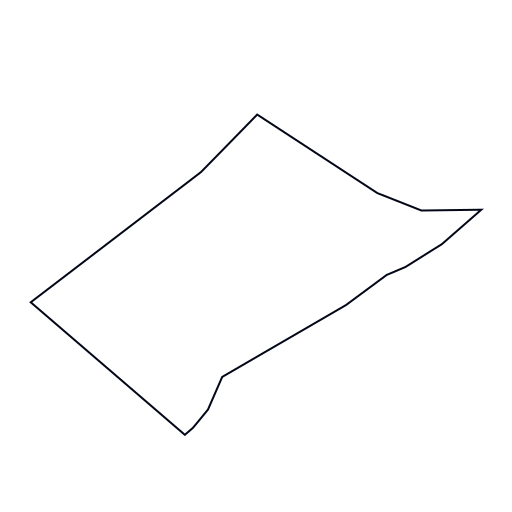 Badr, Al Qahirah, Egypt, rotated 136°
{"feature_id": "37247803B98610862498628", "entity_name": "Badr", "entity_type": "district", "adm_level": 2, "iso_a3": "EGY", "parent_name": "Egypt", "parent_adm1": "Al Qahirah", "projection": "natural_earth1", "projection_center": [31.692, 30.146], "detail": "fine", "context": "isolated", "style": "outline", "palette": "ink", "viewbox_px": 512, "rotation_deg": 136, "n_neighbors": 0, "source": "geoboundaries", "source_scale": "gbopen_adm2", "svg_char_len": 453}
<svg xmlns="http://www.w3.org/2000/svg" viewBox="0 0 512 512"><g transform="rotate(136 256 256)"><path d="M337.9,366.2L351.8,367.8L450.2,379.2L431.4,176.8L420.8,176.2L412.5,177.1L397.2,178.9L364.3,192.5L316.4,180.7L225.3,158.2L213.9,156.7L175.1,151.6L161.9,146.5L156.2,144.3L126.2,138.0L114.1,135.4L61.8,132.8L105.4,173.8L125.0,216.9L156.9,356.9L210.9,355.3L237.2,354.6L243.5,355.3L337.9,366.2Z" fill="none" stroke="#020617" stroke-width="2"/></g></svg>